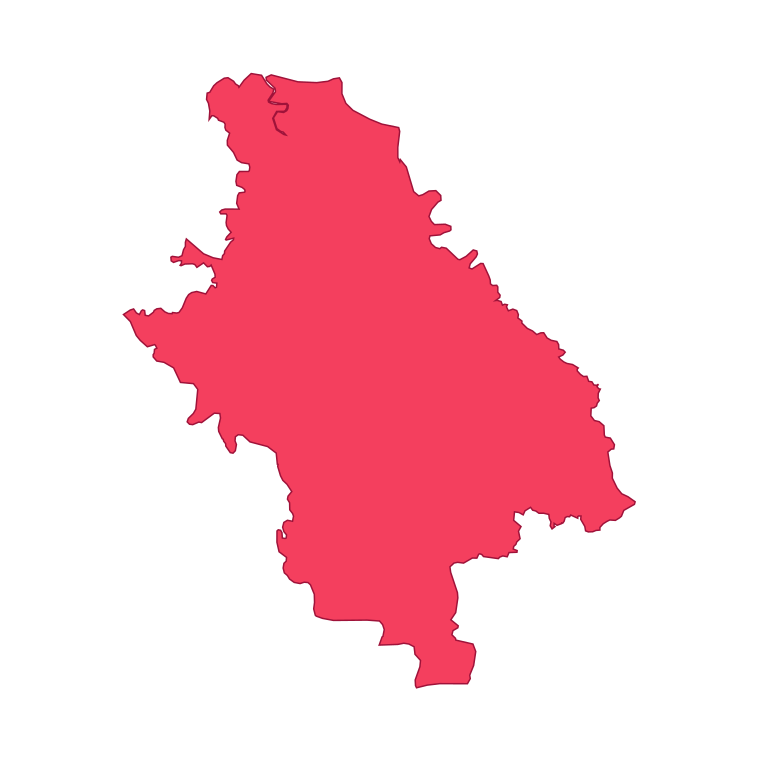 Myaungmya, Ayeyarwady, Myanmar, rotated 101°
{"feature_id": "60261553B8294566306540", "entity_name": "Myaungmya", "entity_type": "district", "adm_level": 2, "iso_a3": "MMR", "parent_name": "Myanmar", "parent_adm1": "Ayeyarwady", "projection": "orthographic", "projection_center": [95.051, 16.62], "detail": "fine", "context": "isolated", "style": "filled", "palette": "rose", "viewbox_px": 768, "rotation_deg": 101, "n_neighbors": 0, "source": "geoboundaries", "source_scale": "gbopen_adm2", "svg_char_len": 6167}
<svg xmlns="http://www.w3.org/2000/svg" viewBox="0 0 768 768"><g transform="rotate(101 384 384)"><path d="M401.5,615.7L404.8,611.5L404.7,604.1L408.3,593.6L421.3,584.1L420.0,571.1L424.8,565.8L444.6,563.9L449.3,565.5L455.1,569.5L458.7,570.0L460.6,567.3L460.4,564.0L456.7,558.5L456.7,555.7L445.0,545.0L444.3,539.5L448.6,538.0L458.3,538.3L462.1,537.2L468.6,532.3L469.0,531.2L470.7,530.5L472.8,528.1L475.2,527.4L480.7,521.8L480.7,519.0L477.9,517.2L471.6,517.3L468.2,519.4L464.1,519.8L461.6,517.4L461.2,512.8L466.4,504.5L467.6,486.3L472.4,476.6L483.1,473.4L483.1,472.7L485.2,472.6L493.8,468.1L497.9,464.9L501.0,460.0L507.2,454.0L512.4,456.8L515.5,456.8L518.6,454.0L525.5,452.5L528.6,449.0L531.0,447.6L536.2,447.6L536.2,452.8L539.0,455.9L543.9,456.2L548.0,454.1L550.7,450.9L553.8,450.6L554.5,451.6L554.6,454.4L549.4,455.8L547.3,457.6L547.3,460.0L548.7,461.0L559.8,458.9L568.7,455.0L572.8,446.6L576.6,446.2L579.1,448.0L583.9,447.9L588.4,445.8L590.4,442.3L593.5,439.5L595.9,434.3L595.9,428.3L593.8,424.5L593.4,420.7L595.1,417.9L603.7,412.3L611.7,410.5L618.2,410.1L624.1,407.3L624.8,406.2L625.8,399.6L625.7,388.4L619.0,355.6L617.5,343.2L620.5,339.4L625.0,336.9L631.9,336.9L632.6,337.6L641.2,338.9L637.0,320.8L634.7,315.1L634.5,310.0L636.2,304.3L643.4,302.0L648.4,295.4L654.7,294.8L668.6,296.9L674.1,295.5L676.0,294.1L671.3,284.0L667.5,272.1L662.3,244.9L656.8,243.1L653.5,244.3L643.2,242.3L629.1,242.9L622.3,247.1L621.7,264.6L620.0,265.3L617.2,269.5L612.9,269.2L609.2,265.0L607.2,265.0L602.7,273.4L594.7,270.0L579.9,270.7L574.8,272.1L556.2,282.6L550.9,284.4L546.4,281.1L545.0,277.7L544.6,271.7L538.0,264.1L537.2,259.6L533.1,258.6L532.4,257.6L532.7,255.5L534.4,253.4L533.6,238.4L531.9,237.4L530.1,234.6L530.1,230.1L525.6,229.1L523.8,221.4L522.1,221.5L521.4,225.6L518.7,225.7L516.2,223.9L513.8,223.6L509.9,220.9L502.8,223.9L497.8,222.3L493.1,230.7L484.6,231.5L484.4,227.0L485.9,222.4L481.6,221.4L477.1,216.6L479.5,214.0L479.7,210.8L481.3,207.3L480.4,202.6L480.6,197.3L484.4,196.1L487.5,193.8L491.5,193.8L494.2,191.4L491.4,189.0L491.1,190.0L488.3,190.4L489.7,187.2L487.2,183.1L486.5,183.1L486.5,182.0L484.4,181.0L480.6,180.7L479.2,179.0L478.9,176.5L477.0,175.7L478.8,168.2L477.1,168.5L476.4,167.8L476.0,165.4L479.3,165.1L485.5,159.7L489.7,158.1L490.2,155.2L489.2,150.9L487.3,148.0L486.2,144.2L483.6,144.7L479.3,142.1L476.3,138.9L474.4,136.4L473.7,130.8L470.5,127.3L468.5,125.7L462.3,124.5L454.3,115.2L451.7,115.0L448.1,123.0L446.4,129.7L441.7,135.3L432.9,141.9L427.8,142.8L420.9,146.7L408.1,151.3L404.6,148.5L403.9,146.1L399.6,146.2L393.9,151.5L393.9,156.7L392.0,158.0L383.0,160.2L379.9,165.6L379.7,170.5L375.8,174.9L368.2,176.0L367.1,173.2L365.0,171.2L362.1,171.0L359.2,169.5L356.7,171.2L352.2,171.9L347.7,170.7L347.7,172.2L346.0,174.4L343.3,173.5L344.7,175.0L344.9,177.8L342.2,180.3L342.3,183.6L337.7,186.3L338.6,189.6L337.1,193.0L334.3,196.8L332.6,197.2L331.2,196.4L328.9,202.6L328.9,208.4L328.0,211.8L326.0,215.7L324.2,217.7L321.4,213.9L318.2,212.2L316.6,214.4L316.2,219.1L312.0,220.1L309.3,222.4L309.2,228.3L307.7,232.7L303.2,237.0L303.9,239.9L306.3,243.5L303.6,248.3L302.1,253.9L297.9,260.3L295.9,260.6L293.6,265.2L290.3,265.3L286.6,267.7L285.9,271.8L288.4,275.9L284.9,278.5L282.7,278.0L282.7,280.8L284.0,282.8L280.7,284.8L280.3,288.9L280.8,290.4L277.0,286.9L274.6,287.0L272.2,289.8L267.0,290.8L265.6,292.2L266.6,296.2L265.4,298.6L261.6,299.6L257.9,301.8L246.9,309.7L247.2,312.1L254.3,319.6L253.8,322.6L249.6,322.3L241.6,317.8L238.5,317.1L235.7,318.3L235.4,322.0L243.0,327.7L247.5,333.2L247.5,335.2L238.8,348.8L238.8,353.6L240.5,355.0L240.2,359.5L237.3,364.3L232.8,367.3L229.8,367.2L226.9,357.3L224.0,354.0L221.3,348.8L219.9,347.7L216.5,348.5L215.5,354.4L217.9,364.9L215.3,368.6L211.0,371.8L203.6,370.6L195.2,365.8L192.8,363.1L188.1,364.3L184.3,370.0L186.0,376.7L190.8,382.1L192.7,385.8L189.5,391.6L166.7,403.5L160.6,410.8L162.9,410.9L159.2,413.6L149.1,415.6L133.0,416.8L129.5,418.5L129.3,435.7L126.8,448.5L121.3,466.7L115.8,475.0L107.1,480.7L96.1,482.8L92.0,486.2L94.1,491.9L97.5,496.7L101.0,507.5L103.8,526.1L102.1,553.7L105.5,558.3L108.1,557.4L114.4,547.5L116.3,546.7L117.9,546.3L127.4,550.7L128.5,550.3L128.4,537.9L127.1,532.9L128.6,531.1L132.1,530.9L134.3,531.7L136.6,534.3L137.0,540.5L143.9,543.3L153.7,537.9L155.8,533.5L155.9,531.0L158.3,527.8L158.2,529.9L154.9,538.1L144.5,543.9L136.9,541.4L135.4,534.2L134.3,533.0L131.2,532.0L127.9,532.5L130.2,543.2L130.2,548.0L129.3,551.1L127.5,551.9L119.4,548.6L115.6,548.5L114.2,552.6L111.5,556.5L104.3,563.1L104.6,573.6L112.5,579.3L120.4,583.0L119.0,583.9L117.8,587.0L115.5,589.4L113.1,595.6L114.3,599.2L120.2,605.5L123.8,608.1L130.9,610.7L132.2,613.1L138.5,612.5L141.9,609.9L149.2,607.1L157.7,606.1L153.5,604.2L153.2,602.4L154.9,598.0L156.6,596.8L157.6,591.1L159.3,589.5L162.5,589.1L165.0,587.7L167.2,583.4L174.8,584.3L179.4,583.3L185.4,575.9L192.2,570.9L193.9,566.1L193.7,558.6L196.8,557.1L200.1,556.9L201.2,557.5L203.0,566.5L206.6,568.3L213.4,568.0L217.1,566.5L218.1,560.8L219.7,557.9L221.1,557.2L222.3,557.4L224.0,562.6L227.0,563.6L234.8,563.1L240.0,559.6L242.6,573.3L244.1,576.4L246.5,578.1L248.1,576.7L247.1,571.5L248.4,570.2L255.6,569.8L258.6,568.8L261.7,566.4L264.2,563.0L269.7,566.4L272.4,567.1L272.8,566.4L269.5,559.4L271.2,559.3L274.0,561.6L283.9,565.8L286.4,565.5L288.8,566.9L292.7,566.9L292.7,575.8L290.6,586.0L279.3,605.7L282.7,606.0L286.9,605.2L290.4,606.4L296.6,606.8L298.8,609.9L299.1,616.2L300.2,617.4L303.7,616.4L304.8,613.8L302.0,609.0L301.7,606.3L304.2,605.9L306.4,606.8L306.6,605.8L304.2,602.3L302.5,594.9L302.8,592.5L305.2,589.9L299.5,584.2L302.6,579.7L301.8,577.4L300.2,576.4L308.4,570.9L311.4,570.1L313.7,572.6L315.2,573.0L317.1,571.5L316.9,567.3L321.0,566.9L321.8,568.1L320.0,570.7L320.2,572.4L329.6,576.1L328.9,585.5L331.0,590.3L333.5,592.8L337.6,594.5L347.7,596.5L352.9,598.9L353.9,601.0L354.2,605.3L355.4,605.4L355.9,609.2L355.0,612.9L352.3,617.5L353.5,621.3L355.6,623.6L357.5,624.0L362.1,628.1L362.1,631.5L357.6,633.0L357.3,635.0L358.3,636.1L362.5,637.4L361.5,640.6L358.1,644.1L359.8,647.2L365.5,653.0L371.1,644.9L383.7,636.4L387.7,631.6L392.6,623.4L389.1,616.7L389.8,615.6L392.2,613.8L393.8,615.9L397.6,615.5L399.3,616.2L401.5,615.7Z" fill="#f43f5e" stroke="#9f1239" stroke-width="1.5"/></g></svg>